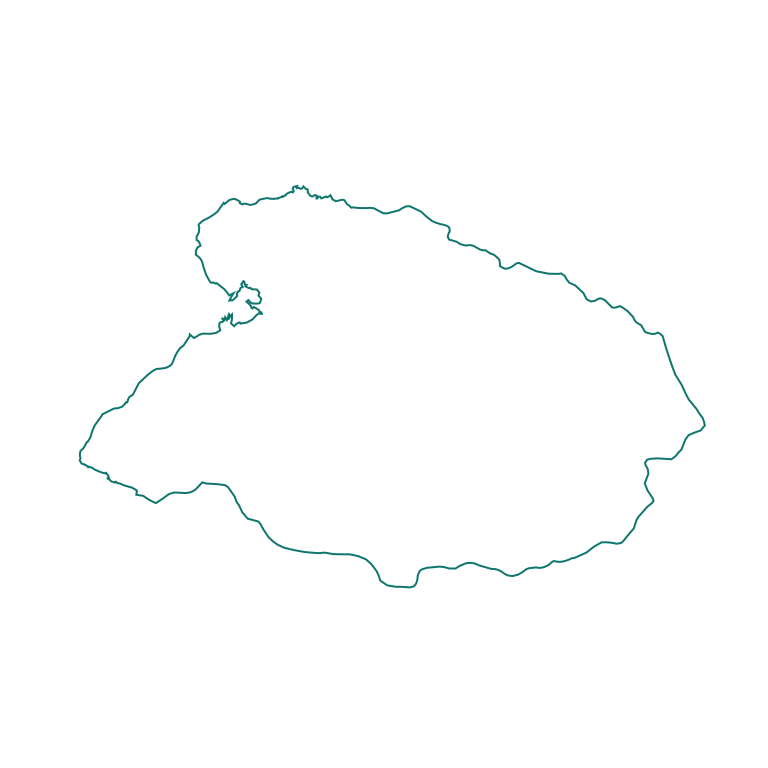 the district of Iablanita, Caras-Severin, Romania, rotated 262°
{"feature_id": "2599482B41356842698791", "entity_name": "Iablanita", "entity_type": "district", "adm_level": 2, "iso_a3": "ROU", "parent_name": "Romania", "parent_adm1": "Caras-Severin", "projection": "robinson", "projection_center": [22.284, 44.936], "detail": "fine", "context": "isolated", "style": "outline", "palette": "teal", "viewbox_px": 768, "rotation_deg": 262, "n_neighbors": 0, "source": "geoboundaries", "source_scale": "gbopen_adm2", "svg_char_len": 6120}
<svg xmlns="http://www.w3.org/2000/svg" viewBox="0 0 768 768"><g transform="rotate(262 384 384)"><path d="M367.8,82.3L367.5,81.3L364.1,78.9L362.2,77.3L359.9,74.2L359.4,73.9L356.6,73.0L354.8,72.9L352.8,73.1L350.5,72.0L348.8,72.9L347.5,73.3L345.8,76.1L346.0,76.3L345.1,77.5L344.4,78.3L343.6,78.8L343.4,79.8L342.8,79.7L342.7,81.4L342.4,82.2L341.4,83.5L341.2,84.0L340.5,84.5L338.9,86.5L335.8,91.9L334.3,95.3L334.4,95.7L334.8,96.1L334.8,96.4L333.7,96.9L331.8,98.1L331.1,98.3L330.5,98.1L329.5,97.6L329.4,97.2L328.9,97.1L328.7,97.3L329.7,98.4L329.2,98.6L327.6,98.8L325.8,100.1L325.2,101.0L323.9,103.8L324.6,104.4L324.6,104.8L323.1,106.0L322.5,107.9L321.7,109.5L319.6,112.7L319.4,113.7L318.9,114.3L318.7,115.1L317.3,117.9L317.0,118.9L316.6,119.9L315.4,121.3L314.3,122.9L312.7,124.5L308.8,123.3L306.7,130.1L304.1,132.8L301.8,135.6L299.7,138.5L297.8,141.6L301.2,148.7L304.9,155.7L305.8,160.9L303.6,172.6L303.7,177.4L304.6,180.3L305.9,182.9L311.9,190.4L310.3,193.7L307.8,205.8L306.0,212.4L303.8,215.1L293.2,220.5L287.8,221.6L284.2,223.5L276.7,225.8L269.7,230.2L265.2,240.6L262.2,242.3L256.8,244.3L248.1,248.5L243.4,252.4L241.2,254.6L239.3,256.8L235.6,262.6L231.8,272.5L228.5,282.6L225.7,294.9L225.2,302.2L222.6,310.0L220.0,326.7L217.1,334.6L212.9,341.7L207.5,346.3L199.8,350.6L194.8,352.1L189.7,353.0L184.1,359.3L181.6,367.3L180.5,374.3L179.0,381.2L179.4,385.2L180.1,386.2L181.8,387.9L184.7,389.5L189.6,390.8L193.6,393.1L194.7,394.8L195.4,396.7L196.0,401.2L195.5,412.6L195.1,415.2L194.4,417.8L193.4,420.3L192.3,422.7L191.3,429.1L193.0,432.7L195.0,439.7L195.0,443.1L194.6,445.7L193.9,448.2L193.2,449.7L191.0,453.2L186.0,464.4L185.5,467.3L184.5,470.2L182.4,473.6L179.6,476.6L177.3,479.8L175.9,484.5L176.6,490.4L178.4,494.8L180.7,499.0L181.4,501.8L181.2,508.9L180.2,512.5L180.3,516.8L181.8,521.7L184.7,526.1L185.0,527.9L184.3,529.7L183.7,531.6L183.4,533.6L183.3,535.6L183.5,538.1L183.9,540.5L184.4,543.0L185.2,545.4L185.4,548.9L188.9,561.0L191.3,565.0L193.5,569.0L195.3,573.2L196.9,577.5L196.5,581.0L195.8,584.5L195.0,587.7L193.5,592.0L193.4,594.5L193.7,597.0L195.4,599.4L200.9,605.2L206.1,611.2L214.4,615.3L217.0,617.4L225.7,627.6L229.2,633.4L231.0,634.7L233.3,634.2L242.1,630.1L249.3,628.4L258.5,633.4L262.8,633.3L264.9,632.8L266.7,631.8L269.4,631.5L272.4,633.9L272.8,637.5L272.3,644.5L269.5,658.0L272.0,662.8L275.0,665.9L277.7,669.4L286.9,674.6L291.0,678.6L292.7,684.8L293.9,691.1L298.4,696.0L302.3,695.6L306.1,694.8L310.8,692.2L315.8,690.0L326.3,683.6L334.0,680.9L341.9,678.6L352.6,673.8L362.5,671.6L372.6,669.7L382.6,668.0L392.7,666.6L395.4,664.3L396.8,662.3L396.3,660.7L396.0,659.1L396.1,657.5L396.4,655.9L398.3,651.2L399.6,649.6L406.3,646.9L409.8,642.6L411.7,641.4L412.9,640.8L415.7,640.0L422.2,635.4L426.7,630.7L428.3,628.3L427.4,623.6L428.0,620.6L436.3,614.4L438.5,611.1L438.7,608.6L437.0,604.2L436.9,600.5L439.1,597.2L440.6,596.1L446.2,594.2L454.9,587.2L458.7,581.4L462.1,579.5L465.9,578.0L468.8,574.9L468.8,571.7L470.3,562.5L474.5,550.4L485.0,534.7L485.2,533.3L484.9,531.8L482.9,528.1L482.1,526.2L481.3,523.4L481.2,520.3L482.4,517.9L484.7,515.2L486.7,515.5L488.7,515.6L491.5,515.4L496.5,511.1L498.3,507.7L502.3,503.0L502.7,500.4L503.7,497.9L508.6,491.5L509.2,489.7L509.6,487.9L509.8,486.1L509.7,484.3L511.7,479.3L514.7,475.8L518.0,468.5L520.7,467.7L521.8,467.9L524.1,468.9L526.0,470.4L529.8,470.4L531.5,468.9L533.2,465.7L534.4,462.3L536.0,458.9L536.7,457.4L538.8,454.2L544.0,449.2L549.6,444.6L556.1,434.8L556.7,432.8L556.8,430.7L555.7,426.8L553.9,423.0L552.5,410.7L553.2,407.0L559.4,398.5L560.4,394.5L560.6,391.3L561.5,385.0L562.3,381.4L563.3,377.6L563.1,376.2L565.4,374.4L567.5,372.2L571.5,370.4L572.3,368.5L571.7,361.8L574.0,358.7L576.1,358.1L578.3,357.2L577.9,356.9L576.8,353.5L577.7,352.6L577.6,351.5L577.1,350.9L577.1,349.7L576.5,347.8L578.4,346.7L578.8,344.8L577.2,344.1L577.1,343.0L580.0,343.4L580.7,342.1L580.6,341.2L580.2,340.8L579.6,339.2L580.5,337.3L584.4,335.2L587.2,335.5L588.0,333.8L590.8,331.7L589.2,330.3L588.9,328.6L590.3,326.1L590.1,324.8L590.6,324.6L592.1,325.5L591.9,322.4L591.2,321.4L589.8,320.7L588.3,321.5L587.4,321.3L586.4,320.4L587.3,318.9L586.7,316.4L585.5,313.4L584.3,312.6L584.3,311.3L583.4,310.0L584.1,309.4L583.3,308.0L582.9,305.2L582.5,305.1L582.7,300.7L583.3,297.1L584.4,294.2L584.2,290.4L583.8,286.2L580.7,282.3L580.2,280.3L579.9,276.9L580.6,274.8L581.7,272.2L582.1,270.7L581.5,268.8L583.2,266.4L584.5,266.8L586.7,264.2L588.2,261.5L588.1,258.7L587.6,256.2L586.0,253.8L584.5,251.2L585.7,250.5L577.8,243.0L575.5,239.0L573.0,233.5L570.9,227.2L568.2,223.2L566.9,222.4L564.3,222.9L563.0,222.3L560.2,221.9L558.8,220.9L557.6,220.3L556.4,219.1L552.7,218.5L551.4,220.0L549.3,221.0L546.5,221.6L545.2,218.3L542.0,216.2L540.5,216.1L538.3,215.6L535.8,218.0L532.7,220.2L529.1,221.1L525.7,221.4L517.1,223.0L509.2,226.0L508.2,227.5L508.2,229.2L506.8,231.4L507.1,232.4L500.2,239.0L495.9,241.7L493.3,243.0L494.8,247.6L491.5,244.9L488.2,242.5L488.0,245.9L491.5,250.8L493.8,250.9L493.9,251.3L495.7,251.8L496.1,253.8L499.0,255.2L499.8,257.6L502.5,256.5L505.4,259.1L504.7,259.9L501.9,260.0L501.2,261.7L499.9,260.5L497.7,263.6L497.8,265.2L496.5,265.9L496.0,267.4L495.3,271.2L491.9,273.3L489.1,272.0L485.4,274.3L481.3,272.1L481.3,269.0L481.7,267.1L481.9,265.3L483.2,263.2L486.0,261.4L484.7,259.3L481.9,261.7L479.8,263.1L478.2,263.2L477.1,264.2L478.4,265.9L474.4,270.6L472.6,270.8L472.0,272.6L470.4,272.7L471.4,269.8L469.7,267.0L466.2,262.7L463.9,256.6L463.8,250.4L464.3,250.5L465.1,249.4L464.2,246.3L462.1,243.7L465.4,240.9L468.9,242.4L474.0,243.2L472.6,241.3L469.4,238.7L474.6,240.5L474.9,240.3L469.2,237.3L472.2,236.0L470.1,235.2L471.9,232.5L468.9,234.3L468.1,232.8L467.5,229.7L466.3,229.2L463.5,228.8L460.0,229.4L457.9,224.6L457.9,218.9L459.1,211.7L458.3,207.3L457.5,206.1L456.0,202.2L460.1,198.6L458.3,198.1L450.0,190.8L447.9,187.1L445.3,184.5L441.3,181.4L433.6,177.0L431.6,174.3L430.3,169.9L430.3,164.0L430.6,161.2L429.6,158.0L428.1,155.0L426.2,151.7L418.9,141.3L408.3,133.8L406.6,130.1L404.2,128.3L402.6,127.8L401.5,126.8L401.9,126.0L399.9,124.2L398.0,121.5L397.1,117.3L397.3,113.2L393.2,101.0L391.7,99.9L383.3,91.8L377.7,88.4L371.6,85.6L367.8,82.3Z" fill="none" stroke="#0f766e" stroke-width="2"/></g></svg>